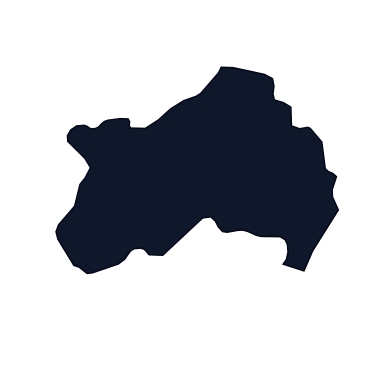 outline of Pescara, rotated 72°
{"feature_id": "ITA-5418", "entity_name": "Pescara", "entity_type": "Province", "adm_level": 1, "iso_a3": "ITA", "parent_name": "Italy", "parent_adm1": "", "projection": "albers", "projection_center": [13.979, 42.31], "detail": "fine", "context": "isolated", "style": "filled", "palette": "ink", "viewbox_px": 384, "rotation_deg": 72, "n_neighbors": 0, "source": "natural_earth", "source_scale": "10m", "svg_char_len": 1181}
<svg xmlns="http://www.w3.org/2000/svg" viewBox="0 0 384 384"><g transform="rotate(72 192 192)"><path d="M254.3,58.4L285.2,95.4L301.6,109.9L288.8,127.6L285.1,122.8L278.7,119.2L271.7,117.5L266.2,118.1L261.7,122.0L255.6,140.1L252.9,144.3L246.6,151.3L243.9,155.5L242.6,160.3L241.1,171.1L239.0,175.2L233.4,177.7L226.9,178.8L221.5,181.7L219.9,189.8L243.1,239.4L238.4,252.2L233.4,254.2L231.2,255.6L229.4,258.5L228.0,264.6L229.2,269.0L235.1,276.8L237.7,284.4L238.1,311.8L237.0,317.0L228.6,322.5L225.3,327.0L195.5,334.1L187.8,333.6L182.0,329.0L169.2,308.0L150.2,296.2L145.6,289.3L137.5,281.0L126.8,283.5L105.3,294.5L99.9,293.0L95.5,288.1L93.5,281.1L95.4,273.6L97.5,271.2L99.3,270.0L100.8,268.4L101.8,264.5L101.5,261.1L98.9,256.2L97.9,253.3L97.8,249.6L100.1,237.5L102.8,230.2L105.9,229.6L109.2,231.2L112.2,230.7L117.1,216.8L113.1,201.7L106.2,186.3L102.6,171.5L102.3,158.6L100.9,153.2L86.8,129.8L82.4,125.7L86.4,114.6L102.6,86.7L109.1,80.4L116.7,81.4L123.8,84.7L130.0,85.2L135.1,77.6L141.9,71.8L159.9,77.0L165.1,70.1L166.3,61.9L167.9,60.0L184.6,53.1L211.1,58.1L214.7,56.0L218.1,52.1L222.1,49.9L233.1,58.0L240.0,59.9L254.3,58.4Z" fill="#0f172a" stroke="#020617" stroke-width="1.5"/></g></svg>